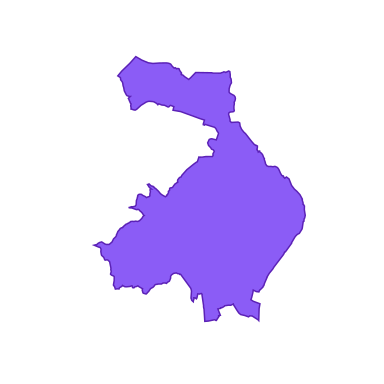 Caransebes, Caras-Severin, Romania (Albers equal-area conic projection), rotated 31°
{"feature_id": "2599482B93861617643410", "entity_name": "Caransebes", "entity_type": "district", "adm_level": 2, "iso_a3": "ROU", "parent_name": "Romania", "parent_adm1": "Caras-Severin", "projection": "albers", "projection_center": [22.203, 45.422], "detail": "fine", "context": "isolated", "style": "filled", "palette": "violet", "viewbox_px": 384, "rotation_deg": 31, "n_neighbors": 0, "source": "geoboundaries", "source_scale": "gbopen_adm2", "svg_char_len": 6074}
<svg xmlns="http://www.w3.org/2000/svg" viewBox="0 0 384 384"><g transform="rotate(31 192 192)"><path d="M305.3,172.2L305.4,167.2L305.1,166.1L302.7,160.4L302.6,160.0L303.0,159.5L302.1,157.6L301.9,156.9L302.0,156.3L301.1,153.7L297.4,149.3L295.6,146.1L294.5,145.7L294.2,145.3L293.6,145.4L292.8,144.1L290.3,141.8L290.3,141.3L285.9,138.7L281.6,137.4L278.3,136.8L274.0,135.1L268.4,130.8L265.2,130.5L264.4,132.4L262.4,131.9L262.0,131.6L262.2,131.3L262.0,131.2L260.5,131.6L258.3,130.4L254.9,128.0L253.2,127.2L252.0,127.0L249.9,127.3L248.3,128.7L246.5,129.4L244.5,130.7L242.6,131.0L240.4,129.9L239.6,128.9L237.1,126.8L236.8,126.0L235.9,125.7L233.5,123.8L231.9,123.1L229.1,122.6L228.8,122.1L228.5,122.4L228.5,122.9L228.2,123.6L227.5,122.9L225.8,122.3L225.8,121.6L225.3,121.1L225.3,120.5L224.4,118.9L223.0,118.9L222.5,119.3L222.1,119.1L221.0,119.2L216.9,117.9L207.8,114.4L205.6,114.0L202.2,112.7L199.3,110.7L197.3,108.2L195.5,108.3L189.9,112.1L188.0,111.6L187.4,110.4L183.5,106.7L183.0,105.8L182.9,105.4L183.3,104.2L183.9,103.5L185.1,102.7L186.3,101.6L186.4,100.6L184.9,98.8L183.6,96.6L183.3,95.6L182.4,93.8L181.9,93.4L181.8,92.7L181.9,91.8L181.2,89.7L180.0,88.3L178.3,87.6L174.4,87.8L173.0,87.6L172.3,87.2L170.7,84.4L169.9,81.7L169.6,80.2L169.6,78.1L167.3,75.0L165.7,74.0L164.4,71.8L162.4,69.3L161.1,69.4L159.3,72.2L158.3,72.2L157.2,72.8L156.9,73.5L155.8,74.6L155.3,75.4L151.3,77.8L148.9,79.2L147.4,79.7L133.6,87.7L132.0,94.7L131.4,96.4L131.3,97.2L125.7,96.9L124.7,96.5L123.3,96.6L122.5,96.9L121.9,96.5L122.0,95.9L121.7,95.4L118.7,94.1L117.6,93.1L116.4,93.3L115.2,94.4L114.2,94.1L113.6,94.1L112.9,95.0L110.3,94.4L108.0,93.4L106.8,93.4L105.0,93.9L103.3,94.7L97.7,98.2L92.2,102.0L87.9,103.8L80.9,104.8L74.1,104.9L72.4,113.8L69.5,124.6L68.6,130.7L71.7,130.8L73.1,132.6L75.3,133.4L76.5,134.3L78.2,136.4L79.7,137.7L81.9,140.2L85.4,142.4L86.6,142.9L89.0,142.4L89.9,141.9L89.2,144.3L89.2,144.6L90.4,145.2L91.3,146.1L92.1,146.4L93.0,147.3L94.4,147.9L95.0,149.6L96.7,151.5L96.9,152.3L100.2,151.5L101.2,151.0L102.0,149.6L103.7,143.8L104.2,142.9L106.5,138.4L107.7,137.0L108.6,136.3L111.8,134.7L113.1,134.3L116.2,134.3L117.8,134.8L118.0,133.6L118.3,133.5L121.3,133.0L123.8,131.8L127.5,131.5L128.2,131.1L128.8,129.0L129.3,128.7L132.5,128.2L133.6,131.7L140.9,128.9L161.0,125.0L165.6,123.9L166.6,127.8L167.0,128.5L168.3,128.2L168.3,127.3L178.1,124.9L179.7,125.3L182.7,127.2L183.9,127.5L184.6,128.3L186.0,134.8L181.5,136.2L180.5,137.0L179.7,138.1L180.1,141.8L182.2,143.6L185.2,144.4L186.6,145.2L188.6,144.9L190.1,145.6L190.3,148.5L191.3,150.0L191.2,151.1L185.6,154.5L182.6,157.0L180.9,157.9L181.7,157.9L179.9,158.4L181.0,163.3L180.5,164.0L179.2,167.0L176.1,175.5L174.7,182.9L174.9,184.7L174.2,185.4L173.7,186.7L173.5,188.9L174.0,190.2L174.6,190.6L174.8,191.1L174.3,191.7L173.6,193.4L173.3,193.8L173.0,196.6L173.1,197.2L172.9,197.8L172.6,198.6L171.4,199.6L171.1,200.0L171.1,200.6L171.9,202.2L171.4,203.6L172.0,204.3L172.2,205.0L172.3,206.8L171.9,207.7L172.3,208.1L171.6,209.8L168.2,209.9L165.9,209.7L162.8,208.6L158.9,207.7L157.9,207.8L156.7,207.3L156.3,207.5L155.8,207.2L153.8,207.8L151.0,207.2L150.9,207.7L150.0,208.5L153.0,210.0L155.4,210.4L154.7,210.7L154.9,211.8L156.2,213.2L157.0,215.5L157.9,217.0L157.5,218.2L156.5,219.2L155.9,220.2L154.1,220.0L151.2,220.3L150.1,220.0L148.5,220.7L147.5,221.7L147.3,222.4L147.4,223.3L147.9,224.0L147.8,224.4L148.4,226.0L148.7,227.9L150.7,231.7L150.7,232.2L150.6,233.4L150.4,233.7L148.9,235.1L147.5,235.9L146.9,236.9L146.1,237.6L146.2,237.8L146.7,237.7L148.6,236.7L153.2,235.8L154.0,235.5L154.5,234.7L155.7,234.5L157.0,235.0L158.6,235.2L160.3,235.7L162.6,236.9L163.0,236.8L162.6,238.3L162.6,240.4L161.8,243.6L160.7,245.2L158.7,246.0L157.3,247.3L156.4,247.6L154.7,248.8L154.6,249.5L153.9,250.5L153.8,251.3L153.0,252.1L153.0,252.4L151.9,253.8L152.0,254.3L151.6,254.8L151.2,256.0L151.1,257.1L150.7,257.7L150.9,258.2L150.7,258.5L150.0,259.0L149.2,260.4L149.3,261.0L148.8,264.0L149.2,266.3L149.2,267.4L149.6,268.0L149.7,269.6L148.9,272.6L149.2,276.0L148.0,279.6L145.5,281.1L144.3,281.4L140.3,281.3L138.7,283.0L137.8,284.7L137.5,286.0L135.5,288.0L140.4,287.3L141.8,286.8L143.5,287.9L144.6,290.1L146.5,292.3L147.2,292.9L150.1,293.5L152.1,295.1L152.7,295.1L154.1,293.9L155.0,293.7L157.3,294.2L161.7,299.0L162.5,300.5L163.5,301.5L164.0,302.5L164.2,303.7L164.6,304.5L166.0,304.7L168.1,304.4L168.9,304.6L170.9,308.0L172.5,312.1L173.0,312.6L174.1,312.8L176.3,314.7L177.9,313.4L179.4,312.7L179.1,311.4L180.5,309.0L180.5,307.9L183.2,307.8L184.7,307.0L187.5,304.9L188.8,303.3L189.2,303.4L190.2,304.5L190.7,304.5L191.6,304.0L191.8,302.8L193.2,301.5L193.9,300.3L195.5,300.5L199.5,300.4L199.8,301.7L201.9,303.7L202.5,303.8L205.2,303.1L205.6,302.0L205.6,301.2L206.1,299.7L206.2,296.6L206.6,295.5L207.6,293.9L208.0,292.4L208.0,291.0L208.4,290.2L208.7,289.7L209.6,289.2L210.1,288.5L213.3,286.5L213.9,285.2L214.3,284.8L215.9,283.8L217.2,283.5L217.5,282.0L218.5,280.2L218.5,279.6L218.0,276.7L217.3,275.8L217.1,275.0L217.1,273.7L218.2,271.2L220.3,269.4L221.7,269.4L223.0,268.7L223.9,269.0L224.6,268.4L240.2,275.0L241.3,275.8L242.6,277.2L245.8,283.5L246.0,283.5L247.4,284.9L248.8,285.3L249.6,285.4L249.3,284.9L248.7,282.4L248.1,281.7L249.2,281.1L250.8,281.3L250.8,280.3L249.4,276.3L251.2,275.5L251.6,274.8L252.5,274.1L253.6,274.8L253.6,275.1L260.4,283.4L261.1,284.6L262.7,286.3L269.6,296.3L272.5,294.2L277.0,290.0L277.6,289.7L278.3,289.9L279.1,289.5L279.0,288.8L279.2,284.7L278.8,284.8L278.5,284.3L279.8,283.1L274.4,278.9L276.5,277.0L276.2,276.5L277.6,275.3L278.6,273.2L278.6,272.7L281.6,270.2L283.6,269.1L285.1,266.7L285.7,267.3L291.6,270.3L294.4,271.6L296.8,272.0L300.8,270.7L304.8,269.9L305.3,268.4L307.5,267.3L314.4,267.5L315.4,267.8L309.6,257.4L307.8,252.8L300.9,254.1L298.0,254.0L297.5,251.7L296.0,246.9L295.0,244.5L298.3,244.3L300.8,243.2L300.5,241.2L300.8,240.8L301.8,236.9L301.5,236.0L301.8,235.3L301.2,233.1L300.3,226.3L300.1,226.3L300.1,221.9L300.9,216.5L300.9,214.1L302.6,198.8L302.6,197.5L302.3,195.8L302.8,195.4L302.9,195.2L303.7,185.9L303.8,184.6L303.5,184.3L303.4,177.8L303.6,176.1L304.1,174.1L305.3,172.2Z" fill="#8b5cf6" stroke="#5b21b6" stroke-width="1.5"/></g></svg>